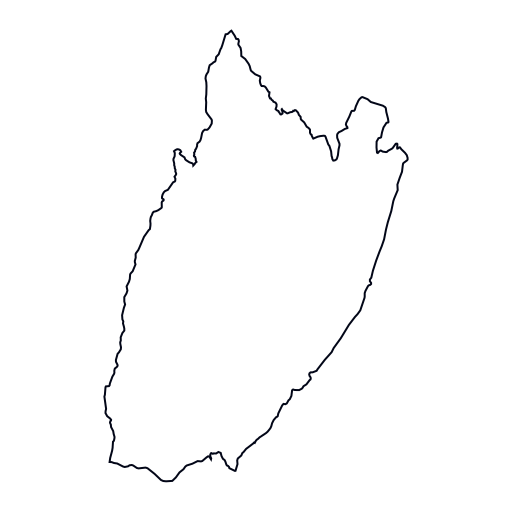 the district of Valle De San Juan, Tolima, Colombia
{"feature_id": "7082276B19583414449803", "entity_name": "Valle De San Juan", "entity_type": "district", "adm_level": 2, "iso_a3": "COL", "parent_name": "Colombia", "parent_adm1": "Tolima", "projection": "equal_earth", "projection_center": [-75.172, 4.189], "detail": "fine", "context": "isolated", "style": "outline", "palette": "ink", "viewbox_px": 512, "rotation_deg": 0, "n_neighbors": 0, "source": "geoboundaries", "source_scale": "gbopen_adm2", "svg_char_len": 6068}
<svg xmlns="http://www.w3.org/2000/svg" viewBox="0 0 512 512"><path d="M109.6,462.0L111.6,462.1L114.0,463.0L117.2,463.5L123.0,466.5L124.7,467.0L128.1,466.3L129.5,465.3L131.8,465.0L133.2,465.5L136.9,468.0L138.6,468.4L145.4,467.6L146.6,467.9L147.6,468.3L154.5,473.8L161.0,480.0L163.2,481.0L166.1,481.3L172.3,480.9L175.9,477.4L179.5,472.4L183.5,469.2L185.3,466.6L186.7,465.5L192.4,463.7L197.6,461.1L201.0,461.4L202.3,461.0L206.5,457.4L208.1,456.3L209.3,456.6L211.0,459.3L211.2,458.3L210.5,456.9L210.2,454.9L210.9,453.3L211.3,453.1L212.9,453.8L213.6,453.4L216.1,453.5L218.4,452.0L220.7,452.9L221.5,456.0L222.6,458.2L223.3,459.2L224.4,459.8L225.3,461.4L226.4,464.7L227.0,465.5L228.0,465.9L229.0,466.9L229.4,468.2L234.9,470.9L235.5,470.8L237.5,464.1L237.2,460.4L237.8,458.5L241.3,455.5L242.3,453.1L243.6,452.0L246.1,448.9L253.7,443.1L253.8,442.7L254.3,442.4L254.8,442.8L255.9,440.7L256.8,439.7L258.1,438.8L259.5,437.4L266.0,433.1L267.6,431.7L269.4,429.5L270.5,428.0L271.3,426.2L272.1,423.2L273.7,420.0L276.1,417.2L277.2,416.7L277.7,416.2L278.3,413.4L282.2,405.4L283.5,403.9L285.4,404.2L286.8,403.4L288.5,400.3L289.8,399.2L291.4,395.9L292.1,390.3L293.1,389.5L294.7,390.0L299.1,390.1L301.8,388.7L302.6,387.8L303.5,386.2L306.4,384.4L309.7,380.0L310.3,379.7L310.7,378.9L310.7,377.9L310.3,376.9L309.6,376.0L309.2,374.5L309.5,373.3L310.5,372.4L312.7,372.3L316.6,370.8L317.5,369.3L324.9,359.7L331.6,352.2L333.7,348.0L340.8,338.2L348.9,324.9L355.0,316.9L357.5,314.2L360.3,310.3L364.5,297.9L364.7,296.6L364.7,293.1L365.5,290.8L368.0,286.1L368.7,285.4L370.3,284.8L371.1,284.0L371.1,282.9L369.9,281.2L369.9,279.5L371.3,277.7L372.9,270.8L376.2,260.5L379.6,251.4L381.7,246.3L384.1,239.3L386.0,229.5L387.8,222.3L391.3,211.0L393.3,201.2L394.2,198.5L397.7,190.1L397.4,184.6L399.7,177.8L402.0,171.8L402.8,165.2L403.1,163.6L403.5,163.0L407.0,160.4L407.6,159.6L407.6,157.9L406.8,155.2L405.0,152.8L401.3,149.2L400.0,147.4L399.3,147.3L397.7,148.6L397.3,148.6L397.1,147.9L397.4,144.5L397.3,143.9L396.9,143.6L395.7,143.8L392.8,147.9L391.9,148.7L388.2,150.7L386.9,151.9L386.0,152.1L382.7,151.6L380.8,150.5L379.5,151.1L377.8,153.0L377.0,152.6L376.5,147.4L376.6,141.6L378.5,138.2L380.7,137.6L381.1,137.2L382.0,132.4L383.5,127.4L386.5,122.8L388.1,122.5L388.5,122.0L388.0,118.7L386.3,112.0L385.8,108.2L385.2,107.2L382.9,105.7L370.8,102.0L367.6,99.2L362.5,97.1L361.5,97.3L359.5,99.1L358.4,100.7L355.9,106.2L354.8,109.9L354.0,110.8L351.9,110.9L351.4,111.4L349.3,116.6L346.2,122.9L345.9,124.6L346.5,126.0L347.4,127.2L347.4,128.1L344.9,128.9L341.5,131.0L338.9,132.2L337.5,133.8L337.1,135.0L337.2,137.8L339.5,143.8L339.5,145.4L338.6,149.2L337.9,155.3L336.9,158.6L336.4,159.4L334.8,160.4L333.3,160.6L332.4,159.2L332.0,157.1L331.6,156.1L331.1,151.3L329.4,145.9L328.3,144.5L325.5,136.7L324.9,135.9L323.8,135.7L320.3,136.1L317.7,136.7L313.3,138.6L312.6,137.5L311.6,135.4L311.6,134.8L310.7,134.2L310.0,132.8L310.0,129.8L309.7,129.2L308.5,127.9L306.7,126.7L304.2,122.4L301.2,119.7L300.8,119.0L300.6,116.8L298.8,114.8L298.3,113.2L297.7,112.2L295.7,110.2L294.6,110.2L293.9,111.0L293.2,110.8L292.7,111.6L291.9,112.0L290.3,112.2L287.7,113.3L287.0,113.3L282.7,110.4L281.9,109.1L281.7,109.3L281.8,110.2L282.5,111.6L282.5,113.5L281.3,114.4L280.5,114.4L279.7,113.3L279.3,112.3L278.7,111.9L278.4,111.0L276.7,110.2L275.6,109.1L276.5,106.5L276.6,104.5L276.3,103.8L275.5,102.6L273.4,101.7L272.8,100.6L271.6,99.8L270.8,98.4L270.0,98.4L269.0,95.9L269.5,92.3L268.4,91.7L265.8,87.5L264.9,86.6L263.8,86.1L261.6,86.0L260.9,85.0L260.2,83.1L259.8,80.6L260.4,77.9L260.3,77.1L260.0,76.4L255.2,74.3L251.2,70.9L250.7,70.0L249.7,66.1L248.6,63.8L245.2,59.0L241.3,56.0L241.2,51.5L240.6,48.0L238.4,44.7L238.3,44.0L238.9,41.2L238.5,39.6L238.0,39.0L236.2,38.9L234.7,35.7L231.4,30.7L230.7,31.1L227.6,34.0L225.6,34.3L222.3,45.2L221.2,48.2L220.5,49.2L218.7,54.3L216.2,56.9L215.5,60.8L215.1,61.5L213.4,62.4L212.5,63.3L209.7,65.2L209.0,67.4L208.2,71.8L206.5,74.4L205.8,76.2L205.5,78.5L206.3,82.3L206.5,86.1L206.3,94.4L205.8,98.6L206.2,102.2L205.9,109.9L206.2,112.0L207.5,114.1L211.6,119.5L211.9,120.7L211.7,123.6L209.5,127.5L207.7,129.5L207.0,129.8L204.7,129.7L203.1,131.1L202.1,133.0L201.1,138.0L200.5,140.0L199.6,141.6L197.5,143.2L197.1,144.6L197.1,146.1L196.0,148.9L195.3,149.6L195.0,151.5L194.1,152.6L194.3,154.4L193.9,155.6L194.1,156.4L195.1,156.8L195.7,158.8L195.8,160.6L196.5,161.9L195.2,163.0L194.7,164.0L193.3,165.5L193.2,164.3L192.5,163.4L189.4,162.3L186.1,160.2L185.2,159.3L184.5,157.4L180.9,155.0L179.9,154.0L179.7,153.6L179.9,153.0L181.2,151.8L180.3,150.2L178.8,149.4L177.2,149.2L175.5,150.0L174.0,151.2L174.8,153.0L174.7,155.3L174.6,156.4L173.5,158.8L173.4,160.1L174.2,163.3L174.2,165.3L174.7,166.6L174.8,168.3L175.5,169.8L175.3,171.3L176.1,173.4L176.2,174.0L175.7,175.1L174.5,176.7L175.4,178.8L175.2,180.9L174.8,181.5L173.1,182.3L167.9,189.8L165.0,191.1L163.8,192.3L162.6,194.5L162.0,196.8L162.0,197.9L162.1,198.4L163.5,199.3L163.7,199.9L163.5,200.5L162.1,201.5L161.7,202.5L161.8,207.2L161.5,207.9L158.4,210.1L156.3,211.1L153.6,211.8L152.7,212.9L151.8,215.3L150.9,216.9L150.5,218.5L150.2,220.9L150.5,223.6L150.4,225.8L149.9,229.1L148.7,230.1L144.0,236.8L139.4,247.6L138.3,250.0L135.9,253.3L135.6,254.2L135.7,257.7L134.8,261.0L134.9,262.3L135.5,264.4L132.7,271.2L130.5,273.6L130.1,274.6L129.8,279.0L129.0,281.7L126.6,286.4L127.4,290.6L126.5,293.4L124.3,297.1L124.3,301.5L125.1,304.5L123.9,307.8L122.1,315.2L122.4,319.4L123.3,321.4L123.0,323.4L123.9,326.6L124.3,328.6L124.3,330.6L122.4,333.0L120.7,337.3L120.8,340.5L120.2,342.3L120.3,343.9L121.0,347.3L120.8,349.3L118.9,352.4L117.6,353.8L115.9,360.0L116.0,361.8L117.5,364.8L117.6,365.8L116.8,367.0L115.0,368.4L114.7,368.9L114.3,370.8L114.4,372.6L114.1,373.8L112.4,376.6L109.9,383.4L109.6,385.3L109.0,386.1L105.9,386.4L105.5,387.2L104.9,394.7L104.4,396.6L106.1,408.9L105.6,411.1L105.5,413.1L107.2,416.2L110.0,418.4L111.1,419.7L111.0,420.6L110.3,421.2L110.0,422.6L110.3,423.6L110.8,424.4L111.1,427.1L113.2,431.1L113.7,434.1L114.5,436.8L114.5,437.8L114.1,439.9L113.8,440.9L113.0,441.7L112.6,447.8L112.1,450.8L110.2,457.9L109.6,462.0Z" fill="none" stroke="#020617" stroke-width="2"/></svg>